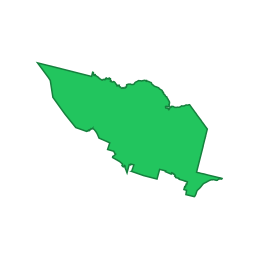 La Libertad, Petén, Guatemala (orthographic projection), rotated 14°
{"feature_id": "79465075B31281143780542", "entity_name": "La Libertad", "entity_type": "district", "adm_level": 2, "iso_a3": "GTM", "parent_name": "Guatemala", "parent_adm1": "Petén", "projection": "orthographic", "projection_center": [-90.603, 16.998], "detail": "fine", "context": "isolated", "style": "filled", "palette": "green", "viewbox_px": 256, "rotation_deg": 14, "n_neighbors": 0, "source": "geoboundaries", "source_scale": "gbopen_adm2", "svg_char_len": 5315}
<svg xmlns="http://www.w3.org/2000/svg" viewBox="0 0 256 256"><g transform="rotate(14 128 128)"><path d="M205.2,109.8L204.8,109.5L202.0,107.2L200.0,105.5L199.3,104.9L198.2,104.1L196.9,102.8L196.0,102.1L191.9,98.8L190.4,97.4L189.2,96.5L188.5,95.9L187.1,94.7L184.8,92.8L182.1,90.5L181.8,90.6L181.2,90.9L180.3,91.4L180.0,91.5L179.6,91.5L179.2,91.5L178.3,91.9L177.6,92.7L177.2,92.9L176.3,93.3L175.7,93.5L174.8,93.5L174.6,93.6L174.2,94.2L173.6,94.6L173.1,95.3L172.9,95.4L171.9,95.7L171.0,95.8L169.8,96.4L169.3,96.4L168.5,96.7L167.7,96.5L166.8,96.2L166.5,96.2L166.2,96.3L165.5,96.3L165.4,96.4L165.3,96.8L165.2,96.9L164.9,96.6L164.7,96.6L164.6,96.8L164.6,97.0L164.8,97.2L164.8,97.3L164.7,97.4L164.1,97.4L163.9,97.5L163.7,99.0L163.3,99.7L163.4,100.2L163.2,100.4L162.9,100.4L162.7,100.1L162.9,99.7L162.6,99.4L161.8,99.3L161.1,99.4L160.5,99.3L160.2,99.5L159.8,99.5L159.7,99.3L159.3,98.6L159.2,98.4L159.3,98.1L159.5,97.8L159.8,97.7L160.2,97.7L160.6,97.5L161.2,97.6L161.6,97.7L161.8,97.7L162.4,97.4L162.6,96.9L162.7,96.5L162.5,96.2L162.4,95.8L162.0,95.5L162.0,95.3L162.3,95.2L162.3,94.3L162.2,93.6L162.1,93.3L162.0,92.8L161.8,92.6L161.0,91.6L160.5,91.2L159.8,90.3L159.2,89.9L158.5,89.1L158.3,88.7L158.2,88.5L157.7,88.3L157.4,88.3L157.0,88.3L156.9,88.2L156.4,87.8L156.2,87.4L155.9,87.1L155.3,86.7L154.5,86.5L154.3,86.3L154.2,86.1L154.2,85.6L153.8,85.5L153.6,85.3L153.5,85.2L153.6,84.9L153.5,84.7L153.1,84.7L152.8,84.7L152.7,84.6L152.4,83.8L151.9,83.3L151.5,83.1L150.9,83.0L150.2,82.7L149.2,82.5L148.8,82.2L148.4,81.8L148.0,81.6L146.9,81.4L145.6,81.3L144.9,81.1L144.3,81.2L144.0,81.2L142.9,80.8L142.4,80.4L141.9,80.2L141.3,80.1L140.9,79.9L140.4,79.4L139.9,78.7L139.7,78.5L139.4,78.3L138.0,78.2L137.0,77.9L136.4,77.9L135.8,77.9L135.0,77.8L134.9,77.8L134.6,78.3L134.4,78.3L134.3,78.1L134.3,77.9L134.5,77.5L134.5,77.4L134.4,77.4L133.8,77.7L132.6,77.7L132.0,77.9L131.6,78.2L130.6,78.6L129.8,79.1L129.6,79.1L128.8,79.1L127.9,79.3L126.9,79.4L126.5,79.6L126.3,79.9L125.8,80.5L124.8,81.2L124.0,82.0L123.7,82.5L123.4,83.5L123.1,83.9L122.9,84.3L122.0,84.7L121.3,84.8L120.9,85.0L120.5,85.0L119.8,84.8L117.6,85.4L117.3,85.6L117.0,86.0L116.4,86.2L116.2,86.4L116.2,86.8L116.5,87.6L116.4,88.9L116.3,89.0L115.7,88.9L115.5,89.0L115.7,89.4L115.7,89.7L115.1,89.8L114.7,90.2L114.5,90.3L113.8,90.5L113.7,90.3L113.7,90.1L113.4,90.0L113.0,90.4L112.8,90.7L112.5,90.9L112.3,91.0L111.5,90.6L111.0,90.2L110.8,90.0L110.5,90.0L109.9,90.1L109.7,90.0L109.4,89.7L109.2,88.6L108.6,88.7L108.3,89.0L107.4,89.8L107.2,89.9L106.8,89.5L106.8,89.1L106.6,88.6L106.3,88.5L105.8,88.4L105.6,88.3L105.5,88.0L105.2,87.8L104.5,87.1L103.9,86.7L103.3,86.5L102.8,86.4L102.6,86.6L102.0,87.1L101.7,87.1L101.0,87.1L100.4,87.1L99.8,87.0L99.7,87.0L99.7,86.9L99.8,86.7L100.2,86.5L100.3,86.3L100.2,86.2L99.5,85.9L99.3,85.7L99.2,84.7L99.0,84.4L98.8,84.4L98.6,84.5L98.4,84.8L98.2,84.8L98.1,84.2L97.9,84.0L97.6,84.1L97.5,84.8L97.4,84.9L97.3,85.0L96.9,84.8L96.7,84.9L96.2,85.0L95.9,85.3L95.5,85.3L95.4,85.3L95.0,84.7L94.8,84.7L94.7,84.9L94.6,85.6L94.2,85.5L94.0,85.9L94.1,86.6L94.0,86.8L93.6,86.8L92.3,86.8L92.1,86.9L91.8,87.5L91.7,87.7L91.5,87.8L91.0,87.8L89.9,87.4L89.1,87.2L88.8,87.1L88.4,86.7L87.5,86.5L86.8,86.1L86.3,85.6L85.5,85.6L84.8,85.1L84.2,85.1L83.9,85.1L83.5,84.7L83.4,84.3L83.3,84.1L83.1,84.1L82.9,84.2L82.8,84.5L82.6,85.2L82.4,85.2L82.2,85.1L81.9,84.8L81.5,84.1L81.3,83.7L81.1,82.7L80.9,82.5L80.3,82.4L80.2,82.4L80.2,86.8L50.3,86.7L24.5,86.7L38.8,98.5L41.1,100.7L47.7,116.4L63.5,129.8L77.2,140.2L88.6,141.3L88.7,141.1L89.5,140.8L89.6,140.4L90.1,140.3L90.2,140.2L90.4,140.2L90.9,140.1L91.1,139.9L91.4,139.6L91.7,139.0L91.7,138.7L91.4,138.7L91.7,138.5L91.8,138.5L91.9,138.3L92.1,138.1L92.2,137.9L92.4,137.8L92.4,137.5L92.6,137.5L92.9,137.7L93.0,137.5L93.2,137.4L93.5,137.2L93.7,136.9L93.7,137.1L93.8,137.3L94.1,137.4L94.4,137.1L95.8,137.8L97.6,139.2L99.1,140.6L100.5,142.3L102.3,144.8L113.9,146.8L113.4,153.8L119.8,154.0L121.3,155.8L122.3,156.3L120.4,159.4L120.1,159.4L120.2,160.4L128.1,162.6L131.4,164.3L131.2,165.9L132.4,166.7L132.9,166.8L133.2,166.0L133.8,165.2L134.5,165.8L134.3,166.5L136.0,169.0L136.5,169.4L136.6,169.8L137.9,171.7L138.0,164.8L138.1,163.2L139.5,163.2L139.5,162.3L142.6,162.3L142.3,166.8L142.2,166.8L142.1,168.9L141.7,169.2L154.7,170.4L168.5,170.5L168.7,160.5L174.9,160.5L174.8,161.3L181.0,162.3L181.1,160.9L181.6,161.0L181.5,161.6L182.5,161.5L182.5,161.1L183.6,161.4L183.6,161.8L185.1,162.4L185.0,163.4L185.8,163.5L186.2,164.5L188.7,164.6L189.4,164.8L189.4,164.6L189.8,164.7L189.9,165.3L190.3,165.4L196.2,165.6L196.1,165.8L198.6,165.9L198.6,168.4L198.0,168.4L197.9,171.1L197.2,171.1L197.1,174.2L199.9,174.3L200.3,178.6L208.9,178.6L209.2,178.3L209.6,177.0L209.8,176.2L210.1,172.5L210.2,172.1L210.4,171.6L210.8,171.0L211.8,169.5L212.6,168.1L214.2,164.6L214.6,163.9L215.1,163.3L216.8,161.9L219.0,159.8L220.1,158.9L221.5,158.0L222.2,158.0L222.9,157.5L223.8,157.4L226.1,157.4L226.5,157.4L227.0,157.2L227.3,157.1L227.4,156.9L227.8,156.3L228.2,155.8L228.6,155.5L228.8,155.4L229.2,155.4L229.6,155.2L230.2,155.0L231.0,155.0L231.3,154.8L231.4,154.7L231.5,154.2L229.6,154.1L228.2,154.2L226.5,154.2L226.2,154.2L216.7,154.3L212.9,154.2L209.7,154.4L208.4,154.3L206.4,154.4L205.2,154.3L205.3,127.6L205.2,127.5L205.2,120.0L205.3,119.4L205.2,119.2L205.2,118.6L205.3,117.4L205.2,117.3L205.2,117.2L205.2,109.8Z" fill="#22c55e" stroke="#15803d" stroke-width="1.5"/></g></svg>